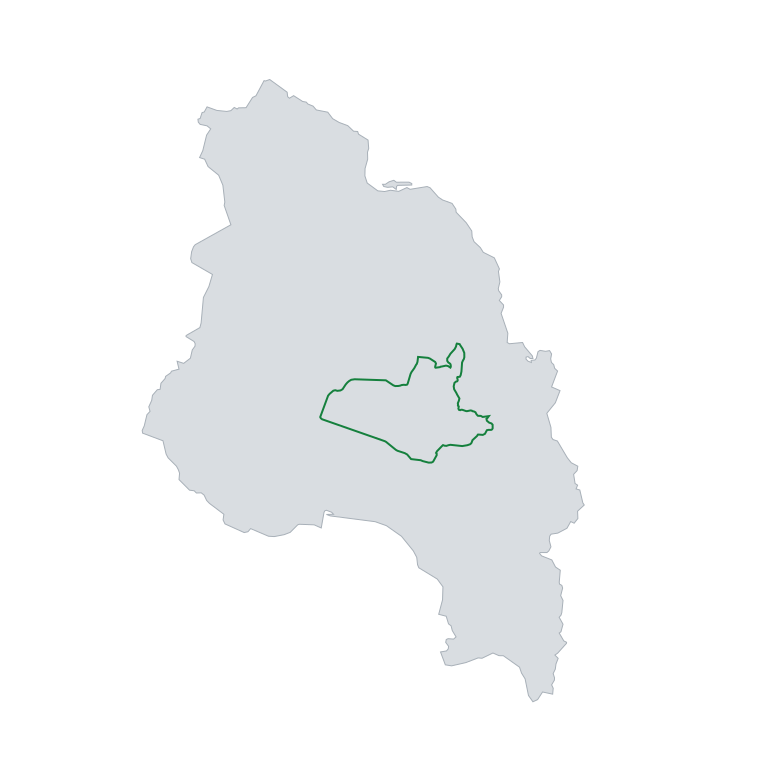 Esfahan highlighted on a map of Iran, rotated 201°
{"feature_id": "IRN-3211", "entity_name": "Esfahan", "entity_type": "Province", "adm_level": 1, "iso_a3": "IRN", "parent_name": "Iran", "parent_adm1": "", "projection": "mercator", "projection_center": [51.611, 32.657], "detail": "fine", "context": "in_parent", "style": "outline", "palette": "green", "viewbox_px": 768, "rotation_deg": 201, "n_neighbors": 0, "source": "natural_earth", "source_scale": "10m", "svg_char_len": 5737}
<svg xmlns="http://www.w3.org/2000/svg" viewBox="0 0 768 768"><g transform="rotate(201 384 384)"><path d="M391.0,227.1L398.7,227.5L412.8,222.7L414.1,221.6L418.4,211.9L423.3,207.5L431.8,202.2L437.3,200.5L456.7,201.2L458.1,197.3L461.3,195.2L482.3,196.4L485.5,199.4L486.8,205.0L504.2,210.0L507.8,211.7L512.1,215.8L515.6,216.9L520.1,215.0L522.9,216.3L527.5,215.2L541.1,221.3L542.9,227.5L545.3,230.3L548.3,232.9L559.1,237.7L562.3,240.5L570.0,251.8L591.7,251.6L593.1,254.0L592.8,258.9L594.3,270.4L592.6,274.6L595.4,278.4L595.0,285.5L596.1,290.5L593.6,297.4L591.1,298.8L592.5,304.8L590.3,310.7L590.6,312.9L587.2,317.9L587.0,319.8L580.7,324.4L585.3,331.1L578.4,331.5L574.0,338.7L575.2,347.1L574.0,351.5L574.7,353.9L576.5,355.6L585.8,357.3L586.1,358.4L576.1,370.7L576.6,375.4L583.6,400.1L582.4,412.3L583.4,424.8L606.8,428.5L609.4,431.7L611.0,438.6L611.0,443.8L610.2,446.4L584.0,477.8L597.2,493.4L597.8,496.8L605.7,511.9L613.2,519.7L626.1,523.9L632.0,529.6L637.3,529.3L636.8,536.9L638.8,552.8L637.2,560.1L641.7,561.6L648.7,560.5L651.2,561.9L652.6,564.5L650.8,566.0L651.1,572.2L649.3,573.5L648.5,579.3L638.1,579.5L628.5,582.1L624.9,584.3L622.9,588.5L619.7,588.1L618.7,589.7L611.8,592.5L609.4,604.4L606.8,607.2L604.7,624.2L603.2,624.4L599.8,627.3L579.0,621.7L576.9,617.7L574.7,616.9L571.7,620.8L561.2,618.6L557.6,619.3L555.4,618.1L549.8,618.0L545.4,615.6L533.9,617.6L527.0,613.3L519.6,612.1L510.4,612.2L503.0,609.1L499.1,610.3L497.3,608.1L486.3,606.0L482.7,598.4L482.5,594.6L479.8,588.0L478.9,578.4L476.4,571.4L471.7,565.6L459.0,562.1L452.4,563.9L447.4,567.2L439.3,569.1L433.0,575.6L429.4,575.1L414.5,583.8L411.3,583.7L400.2,577.9L395.3,576.8L385.2,577.0L379.6,573.0L378.2,570.2L365.0,564.0L356.9,558.3L354.4,552.9L350.9,549.1L343.0,545.9L338.5,542.5L326.2,541.3L317.5,532.8L317.5,530.1L312.4,520.8L311.5,514.0L310.4,512.2L306.1,509.4L305.4,507.6L306.3,503.3L300.7,500.6L299.9,498.5L300.0,491.9L286.6,475.8L283.9,466.9L281.4,466.5L269.5,472.4L266.0,469.1L255.6,463.4L254.1,461.2L256.7,460.2L259.4,461.2L261.0,460.0L260.3,458.1L257.7,456.9L254.1,456.9L255.1,458.8L251.7,460.5L251.0,462.7L251.8,469.4L250.4,471.3L244.9,472.4L241.4,474.5L238.3,472.1L237.4,467.2L235.4,464.1L232.5,462.9L230.3,459.8L226.6,458.3L226.5,441.3L217.3,440.9L217.3,427.9L221.5,415.0L212.6,403.3L208.7,394.3L206.3,392.7L201.7,392.9L186.4,380.8L181.0,377.6L173.6,376.7L172.7,372.4L174.6,367.6L171.0,361.4L170.0,359.6L167.0,358.9L167.1,354.9L163.2,355.2L155.8,344.3L153.7,342.8L157.7,334.6L154.8,327.9L156.6,322.2L160.4,322.5L161.5,314.9L168.3,307.1L174.2,303.7L174.8,301.3L173.6,297.1L169.8,291.8L170.3,287.3L171.5,285.0L177.8,282.6L178.1,281.6L175.2,280.0L164.3,279.9L158.3,274.6L152.7,273.3L149.3,261.5L148.4,260.1L145.8,259.7L144.1,257.5L143.2,249.7L139.3,246.1L136.1,234.4L135.9,231.6L136.9,229.0L130.8,223.9L130.0,216.1L131.2,214.3L124.1,208.6L121.0,208.3L120.7,207.3L125.4,195.0L127.3,192.2L123.1,190.3L123.1,184.2L121.9,179.2L122.3,174.3L119.5,170.8L118.8,168.6L119.7,163.2L117.0,160.6L115.4,154.9L125.6,153.3L127.5,144.4L131.1,140.7L137.5,145.0L146.6,159.3L152.0,163.4L156.0,168.2L175.2,173.1L179.3,171.6L185.9,171.9L194.2,163.1L198.0,162.0L207.8,153.2L219.9,145.1L226.1,143.8L235.2,154.1L230.0,157.2L229.1,159.8L229.7,162.3L233.8,164.9L234.3,167.8L232.9,169.2L227.6,170.8L226.1,173.7L231.9,178.3L234.7,182.3L237.8,183.2L242.7,189.5L250.4,188.6L252.0,203.5L256.3,215.8L264.4,221.0L285.6,224.9L287.9,227.3L291.3,233.9L296.8,238.7L313.1,248.1L331.0,252.6L342.9,252.3L386.9,241.6L391.0,241.6L384.4,244.3L386.9,245.5L392.5,245.5L393.8,244.4L394.0,242.6L391.0,227.1ZM454.3,570.9L451.7,574.6L447.8,577.7L444.8,576.8L433.0,581.4L429.9,581.1L429.4,579.7L442.5,574.3L443.1,572.9L442.3,570.0L446.5,571.2L451.1,568.9L455.0,568.3L456.9,569.9L454.3,570.9Z" fill="#d9dde1" stroke="#a8b0b8" stroke-width="1"/><path d="M282.0,358.6L284.3,356.7L288.7,354.1L300.3,351.0L302.0,349.9L303.6,348.6L305.4,348.1L307.0,348.1L307.7,346.7L310.4,340.3L310.7,338.3L309.9,337.9L309.3,336.4L310.2,329.8L310.5,328.8L311.5,327.7L314.2,326.6L320.2,325.9L322.4,326.0L331.8,323.6L337.1,326.5L339.9,326.9L347.5,326.5L349.4,326.8L361.3,330.7L362.7,330.9L429.2,328.9L430.7,329.4L431.4,330.0L431.7,330.3L432.0,353.1L431.2,355.4L428.9,359.6L427.3,360.7L425.1,360.9L422.3,362.4L420.8,364.3L419.6,369.8L418.7,372.3L417.6,374.3L416.1,376.2L413.1,377.9L383.6,388.1L374.8,386.1L372.8,386.1L370.1,387.2L368.4,388.2L367.2,389.3L365.4,390.3L363.4,390.9L362.3,391.6L362.0,392.7L362.8,402.9L362.6,405.0L361.4,409.6L360.9,413.6L360.6,414.4L360.7,416.7L361.9,421.5L352.3,424.2L350.3,424.2L344.1,422.9L342.8,421.7L342.5,418.7L342.1,417.8L341.6,417.7L337.8,419.8L337.3,420.5L336.5,420.9L332.7,423.4L330.6,423.7L327.9,423.1L327.8,424.0L328.5,425.6L329.3,426.5L330.4,426.9L331.6,427.1L333.3,428.3L334.1,430.5L333.4,432.8L332.8,436.1L330.5,442.0L330.2,444.8L330.5,446.7L330.5,447.8L329.8,448.0L327.6,448.3L327.1,447.8L323.2,445.0L320.2,441.8L318.6,437.8L318.4,435.6L318.7,434.5L318.8,432.0L316.2,423.5L315.6,419.8L315.8,418.0L316.7,417.4L317.9,416.9L317.9,415.9L317.0,414.8L316.5,413.8L316.6,412.8L317.7,412.0L318.6,410.3L318.1,406.8L316.6,404.2L313.4,401.7L311.9,400.3L308.4,397.5L308.1,394.9L308.2,392.5L307.6,391.6L307.4,390.6L307.0,390.1L306.2,389.9L306.0,389.1L305.7,387.6L304.6,386.7L303.4,386.9L302.8,387.6L301.6,388.0L298.0,388.1L296.9,388.3L293.8,390.3L292.5,390.6L291.7,390.3L290.3,390.6L288.5,390.4L286.8,388.9L285.1,388.0L283.8,388.3L283.0,388.7L282.0,388.9L280.1,388.6L274.6,391.6L275.3,389.1L275.9,388.2L274.8,386.6L272.0,385.6L269.5,385.7L268.0,384.9L266.7,381.6L266.7,381.3L266.8,380.5L267.2,379.8L267.9,379.4L270.1,378.6L271.4,377.7L271.9,373.7L273.5,371.9L277.6,370.7L278.3,370.3L278.3,369.7L278.5,368.9L281.3,363.2L281.2,361.8L281.3,360.0L282.0,358.6Z" fill="none" stroke="#15803d" stroke-width="2"/></g></svg>